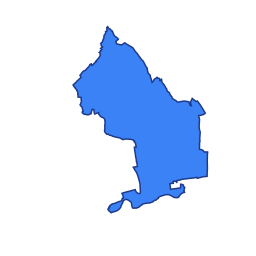 the district of Topoloveni, Arges, Romania, rotated 318°
{"feature_id": "2599482B28949166666369", "entity_name": "Topoloveni", "entity_type": "district", "adm_level": 2, "iso_a3": "ROU", "parent_name": "Romania", "parent_adm1": "Arges", "projection": "mercator", "projection_center": [25.078, 44.823], "detail": "fine", "context": "isolated", "style": "filled", "palette": "blue", "viewbox_px": 256, "rotation_deg": 318, "n_neighbors": 0, "source": "geoboundaries", "source_scale": "gbopen_adm2", "svg_char_len": 5879}
<svg xmlns="http://www.w3.org/2000/svg" viewBox="0 0 256 256"><g transform="rotate(318 128 128)"><path d="M154.4,216.9L157.6,213.5L159.8,211.4L164.5,205.9L169.4,200.7L170.6,199.7L171.1,199.1L170.7,198.6L168.8,197.1L168.7,197.0L168.7,195.7L168.8,195.0L168.3,193.6L167.8,192.8L166.8,191.7L171.9,186.2L172.4,186.2L174.2,183.9L176.8,181.4L179.0,179.3L180.0,177.0L181.4,175.1L182.0,174.3L186.8,169.6L187.1,169.0L187.6,168.4L188.3,166.7L188.8,166.0L189.8,166.7L190.8,167.5L191.8,167.7L193.1,168.5L195.4,168.7L196.5,162.9L197.2,158.7L197.6,154.4L196.4,153.8L196.2,153.3L196.1,152.6L195.5,149.0L193.1,150.1L192.3,150.3L191.1,151.4L190.6,152.1L190.0,153.8L189.7,153.6L189.5,153.1L189.5,152.3L189.9,151.2L190.8,149.1L190.2,148.6L189.3,147.3L187.9,145.7L186.9,144.9L182.5,142.3L182.1,141.6L181.9,140.8L182.0,139.9L181.7,139.3L180.8,135.9L181.4,134.2L181.5,133.3L181.6,132.1L181.5,131.2L182.2,130.0L182.4,129.0L181.9,127.6L181.9,127.2L182.4,125.4L183.0,124.6L182.9,123.7L183.1,122.8L183.6,120.6L183.8,119.9L183.7,118.9L183.8,117.9L183.9,116.8L184.2,115.9L184.9,115.3L185.5,114.2L184.9,114.1L183.5,114.4L183.4,113.8L184.2,113.5L184.4,112.5L184.3,111.7L184.1,111.5L183.6,111.2L183.5,110.7L183.4,110.4L183.5,109.8L182.4,109.8L181.7,109.5L180.0,109.4L179.0,109.7L178.3,110.1L176.4,110.2L177.5,108.1L177.8,107.6L178.1,106.9L178.4,106.2L178.4,105.8L178.7,105.2L179.3,104.5L179.7,103.9L179.8,103.2L179.8,102.5L179.7,102.0L179.7,101.8L179.8,101.4L179.7,100.9L179.8,100.4L180.5,99.3L181.0,98.2L181.4,97.4L182.1,96.7L182.3,96.3L182.5,95.8L182.4,94.5L182.5,94.2L182.8,93.1L183.4,91.2L184.1,87.6L183.8,86.4L183.8,85.8L184.0,85.1L184.0,84.7L184.2,83.6L184.2,81.8L184.4,81.1L184.7,78.6L184.7,77.4L184.6,75.4L184.9,74.7L185.0,73.8L185.1,72.6L185.3,71.8L184.9,70.6L184.8,69.7L184.2,68.2L183.7,66.4L183.2,65.1L182.9,63.4L182.5,62.5L181.6,62.3L178.9,62.1L178.7,61.5L177.6,60.5L177.4,60.0L176.8,59.3L176.4,58.7L176.0,58.2L176.1,57.0L176.4,56.8L176.8,55.5L179.5,55.6L180.1,55.6L180.3,55.5L180.1,55.1L180.3,54.4L180.2,53.0L179.9,52.1L179.8,51.6L179.6,50.7L179.8,49.4L180.6,47.2L181.2,45.3L180.9,45.2L180.7,44.5L181.0,43.2L180.9,42.4L180.4,41.5L180.5,40.4L180.7,39.1L179.5,39.1L179.2,39.3L178.9,39.9L178.7,40.2L177.9,40.9L177.7,41.5L177.4,41.8L177.1,41.9L176.7,41.8L176.2,41.4L175.9,41.3L175.4,42.0L174.1,42.9L173.0,42.9L172.5,43.0L171.4,43.9L170.2,45.0L168.5,45.7L167.4,46.3L166.9,46.9L164.3,46.9L164.2,47.4L163.1,49.3L163.4,50.8L160.9,50.5L161.1,52.2L159.0,52.2L159.0,52.6L157.2,52.6L157.4,53.3L157.1,54.0L156.6,54.4L155.9,55.6L154.6,56.0L153.5,56.3L148.6,56.9L148.7,57.4L147.5,57.3L143.1,57.5L143.2,56.7L143.7,55.9L143.6,55.7L142.9,55.5L142.2,55.4L141.7,55.5L140.7,56.0L139.8,56.2L137.3,56.3L137.0,56.5L136.4,56.4L134.9,56.6L132.9,55.9L132.2,55.9L130.4,56.2L130.0,56.2L129.0,56.6L127.5,56.7L127.5,57.5L127.0,58.9L123.9,59.0L121.5,59.0L119.5,59.3L116.1,59.2L115.8,59.9L115.8,60.4L115.6,60.8L115.5,61.5L115.7,62.1L115.7,62.8L115.3,63.4L115.4,65.9L115.3,66.0L115.0,66.1L114.7,67.0L114.7,67.5L114.4,68.1L113.8,68.8L113.0,69.6L113.0,70.0L112.7,70.3L112.1,71.3L111.6,71.5L112.5,72.5L113.7,74.1L113.0,74.7L112.0,75.6L112.0,76.1L111.1,77.1L109.0,78.3L108.0,78.6L107.7,79.5L107.7,81.0L107.7,81.6L107.6,82.3L106.4,84.2L105.9,85.5L105.4,85.4L104.5,85.5L104.3,87.1L104.7,88.6L105.3,88.7L105.8,89.9L106.3,90.6L107.2,91.5L108.2,92.0L108.7,92.1L109.4,92.3L110.0,92.7L110.6,92.4L111.3,91.7L112.9,90.8L113.1,90.4L113.5,90.3L114.4,90.4L114.9,91.4L114.7,91.5L113.9,93.0L113.0,94.2L112.6,95.3L113.9,95.9L114.4,96.0L116.5,96.9L115.4,98.1L115.5,98.7L115.3,100.2L115.4,101.1L115.6,102.1L115.9,102.8L116.6,104.0L116.6,105.4L116.1,106.6L115.5,107.4L115.3,108.0L114.7,108.4L114.4,108.9L111.9,111.1L111.1,112.3L109.8,113.5L109.1,113.9L108.5,114.7L108.1,115.4L108.0,118.3L109.2,119.4L109.2,119.8L109.3,120.2L109.5,121.0L110.4,122.1L111.1,123.9L112.8,126.5L113.8,128.0L114.3,128.4L114.8,129.1L115.7,131.1L116.1,132.5L116.6,133.4L117.6,133.7L119.1,134.9L120.7,136.3L121.4,137.2L122.2,137.9L122.6,138.4L123.4,139.7L123.9,140.8L124.1,142.0L123.6,141.9L123.4,143.6L123.4,144.0L123.1,144.9L122.7,145.3L121.4,147.6L119.9,146.5L117.9,149.3L116.1,152.2L114.9,153.8L114.0,155.3L113.1,156.8L111.7,158.7L111.9,158.9L109.2,162.9L105.7,160.7L105.1,163.5L104.5,167.0L103.5,169.6L101.7,173.5L99.9,176.9L99.1,178.0L94.1,184.2L93.1,184.6L92.4,184.3L91.4,182.5L91.4,180.5L91.6,179.8L91.8,179.3L92.1,178.6L90.2,177.6L87.0,176.1L85.5,175.2L80.0,172.5L79.8,172.5L79.8,172.8L79.6,173.3L78.7,175.6L78.0,176.9L77.1,176.5L76.4,176.5L76.0,176.8L75.6,177.3L74.8,177.7L74.6,177.7L73.6,177.5L72.9,177.0L68.9,175.5L67.8,175.3L67.4,174.9L66.7,174.5L65.3,173.9L63.3,173.5L62.5,173.6L62.3,173.9L62.1,173.9L61.9,174.4L61.0,174.2L60.8,174.0L60.5,174.1L60.2,174.5L60.1,175.0L58.8,174.8L58.4,176.5L58.8,179.7L59.6,179.9L62.9,181.5L65.1,182.3L67.6,182.4L69.6,182.0L71.0,181.1L74.4,179.8L75.5,179.1L76.4,179.0L76.9,179.0L78.6,179.6L79.4,180.4L80.2,182.6L80.5,184.4L80.6,185.3L80.5,185.9L80.2,186.5L79.7,187.0L78.8,188.3L78.1,189.9L78.0,190.7L78.2,191.1L79.4,191.9L80.4,193.0L82.5,193.9L83.2,194.1L84.4,194.1L87.1,194.4L88.1,194.4L89.9,195.3L91.8,196.5L93.0,197.3L93.7,198.1L95.6,198.9L96.5,199.3L97.5,199.5L99.1,199.5L100.7,200.3L102.0,200.2L103.5,200.6L103.8,200.2L104.3,200.0L105.1,200.1L106.0,200.3L111.3,202.7L113.3,204.4L113.8,205.1L114.3,206.0L115.1,208.0L115.7,210.2L116.5,211.3L118.3,213.0L119.7,213.3L120.7,212.7L123.4,212.5L125.6,212.9L126.9,213.7L127.2,213.0L127.2,212.5L127.4,212.0L127.8,212.1L129.5,210.5L130.2,210.4L130.4,210.0L130.4,209.7L130.2,209.1L130.6,207.8L131.0,207.4L130.2,205.7L129.8,205.2L129.5,205.0L128.0,206.7L127.4,207.1L126.9,207.6L118.7,202.1L121.8,197.4L124.7,199.4L125.7,197.9L127.5,199.0L127.8,200.0L127.8,201.0L128.1,201.0L128.5,200.6L128.7,200.1L129.2,199.7L129.8,200.2L132.7,201.9L133.9,202.3L143.6,209.2L144.8,209.9L145.8,210.4L146.1,211.1L145.8,211.7L151.1,214.4L154.4,216.9Z" fill="#3b82f6" stroke="#1e3a8a" stroke-width="1.5"/></g></svg>